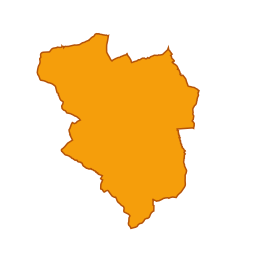 outline of Agnita, Sibiu, Romania, rotated 168°
{"feature_id": "2599482B25260320092709", "entity_name": "Agnita", "entity_type": "district", "adm_level": 2, "iso_a3": "ROU", "parent_name": "Romania", "parent_adm1": "Sibiu", "projection": "orthographic", "projection_center": [24.621, 46.003], "detail": "fine", "context": "isolated", "style": "filled", "palette": "amber", "viewbox_px": 256, "rotation_deg": 168, "n_neighbors": 0, "source": "geoboundaries", "source_scale": "gbopen_adm2", "svg_char_len": 5806}
<svg xmlns="http://www.w3.org/2000/svg" viewBox="0 0 256 256"><g transform="rotate(168 128 128)"><path d="M198.2,218.1L198.4,216.8L198.5,215.8L198.7,215.1L199.7,214.4L200.0,213.9L200.1,211.8L200.3,210.7L201.1,209.0L202.5,207.4L203.0,206.6L204.2,204.0L205.2,201.2L205.1,199.0L204.4,197.3L203.9,193.7L203.4,192.9L200.4,191.7L198.6,190.5L196.6,188.9L195.6,188.6L193.6,187.4L192.6,186.6L190.7,184.4L190.3,183.4L190.1,178.3L190.0,177.3L189.3,176.7L188.9,175.9L188.9,175.7L189.3,174.9L189.3,174.6L189.0,174.1L188.7,173.2L188.7,172.3L188.4,170.5L187.9,169.1L186.0,167.2L186.1,166.5L186.9,164.8L188.0,163.7L188.3,163.1L188.4,160.7L187.2,158.9L186.6,158.4L185.7,158.0L185.2,157.0L184.9,155.7L184.5,155.4L181.3,154.0L178.7,152.0L177.6,150.9L176.2,150.1L175.2,149.1L174.6,148.2L173.8,147.3L173.0,145.7L176.4,144.9L176.6,144.6L177.8,143.8L178.9,143.6L179.6,143.5L181.3,144.9L182.7,143.3L184.9,139.7L186.1,138.4L186.2,136.6L185.9,133.6L186.1,133.6L185.9,133.0L186.1,132.9L185.9,132.4L185.9,132.1L184.8,127.7L190.2,125.7L193.7,122.9L195.8,121.6L197.2,121.0L197.8,120.3L197.7,119.0L197.2,118.5L196.4,117.0L195.9,116.5L195.6,115.6L194.8,114.7L192.9,113.8L191.0,112.5L190.6,111.8L190.1,111.5L189.6,111.0L189.6,110.6L189.0,109.9L188.0,109.4L187.7,108.7L186.8,108.0L186.6,107.6L186.3,107.6L185.7,107.2L185.4,107.3L184.8,107.1L184.4,106.8L184.5,106.4L184.2,105.7L183.8,105.6L183.4,105.1L182.5,104.9L182.0,104.5L181.3,104.4L181.1,103.7L180.5,103.4L180.1,102.9L180.2,102.3L180.0,101.9L180.0,101.1L179.7,100.8L179.6,100.1L178.2,98.8L178.1,98.4L177.1,97.5L177.0,97.3L176.2,97.0L174.9,96.1L173.1,95.7L173.0,96.0L172.6,95.9L172.7,95.5L171.8,94.8L171.1,94.6L170.3,93.5L169.4,93.1L169.4,92.9L168.6,92.1L168.7,91.8L168.6,91.5L168.1,91.5L167.8,90.7L167.2,90.5L167.4,90.2L167.3,89.9L167.0,89.9L166.3,88.7L165.5,88.5L165.0,87.9L164.3,87.6L163.0,86.7L165.3,84.1L164.3,83.0L163.6,82.5L165.1,80.2L165.6,79.7L166.4,78.1L167.3,74.3L167.3,74.0L166.1,73.3L165.8,72.7L165.4,71.5L165.2,71.3L164.7,70.3L164.0,70.4L162.4,71.1L161.2,71.2L160.4,70.8L159.9,69.8L159.8,69.3L157.8,64.9L157.1,64.2L155.7,63.1L155.2,62.9L154.5,62.9L154.0,61.1L153.8,59.2L153.3,57.7L151.2,54.9L150.9,54.2L150.4,53.6L148.8,52.2L148.5,50.9L148.6,49.9L149.3,48.0L149.4,47.6L149.3,47.0L149.2,46.6L145.5,43.7L144.4,42.0L144.5,41.4L145.7,39.9L146.7,36.1L147.3,35.1L147.5,34.3L147.5,33.0L146.4,31.2L146.0,29.2L141.2,29.4L139.7,29.8L139.0,30.3L138.5,31.0L136.9,31.9L136.4,32.1L135.4,32.0L133.9,32.2L133.1,32.7L132.0,33.7L131.6,33.9L131.2,34.5L130.6,35.2L128.8,35.7L127.5,35.5L125.9,36.2L125.3,36.9L124.0,38.9L122.8,40.2L120.8,41.4L120.1,41.4L120.0,41.6L118.8,46.7L119.5,47.4L119.0,50.1L118.6,51.2L118.5,53.0L118.3,53.0L117.4,52.1L115.1,50.4L114.3,50.6L112.9,50.4L109.5,51.2L108.2,51.7L105.8,51.8L103.5,51.5L103.2,51.3L102.7,50.8L100.8,51.2L98.6,51.2L95.3,50.0L93.4,51.9L91.0,53.5L90.2,53.8L89.1,54.6L85.2,58.3L84.1,59.7L83.6,61.1L83.1,64.6L82.4,67.5L81.9,70.0L80.5,71.9L79.6,73.9L79.6,74.9L80.0,76.2L80.3,77.9L80.6,78.6L80.6,79.2L80.4,80.4L80.7,82.3L80.7,83.2L79.9,85.3L79.8,86.1L79.1,86.9L79.2,87.5L78.8,88.3L78.8,88.9L78.5,89.5L78.4,90.0L78.2,90.4L77.8,90.4L77.5,90.7L77.7,90.9L77.6,91.4L78.2,92.1L78.2,92.6L77.5,93.4L76.8,93.6L76.9,94.0L77.6,94.6L78.0,96.1L78.4,96.8L79.1,97.5L78.8,98.5L79.1,98.9L79.3,100.2L79.1,100.5L79.0,101.0L79.7,101.8L79.4,103.4L79.6,104.0L79.4,104.4L79.3,104.9L79.8,105.5L79.4,107.0L79.5,107.4L80.0,107.7L80.0,108.0L79.3,108.1L79.5,108.4L79.6,108.9L79.3,109.3L79.3,109.7L79.5,109.8L79.8,110.7L79.5,111.3L79.9,111.6L79.7,112.5L79.7,113.0L79.5,113.4L79.7,113.9L79.6,114.5L79.3,114.9L80.3,115.8L79.9,116.2L80.0,116.8L64.9,114.7L63.9,114.0L63.8,114.5L63.3,115.4L62.8,116.6L62.3,118.7L62.9,120.3L63.7,121.2L63.5,122.0L62.5,122.7L61.2,126.0L61.2,126.3L61.6,127.4L61.7,128.0L61.5,128.8L61.1,129.5L60.9,131.9L60.6,133.2L60.4,133.6L58.2,136.1L57.0,136.7L56.3,137.5L55.9,138.2L55.2,140.0L54.8,140.5L54.6,141.4L53.6,143.5L52.3,145.2L52.2,146.0L52.3,147.5L52.2,147.9L51.6,148.3L51.6,148.6L51.2,149.4L50.8,149.6L51.0,150.0L51.5,150.2L51.8,151.2L53.5,152.6L54.7,153.8L57.0,154.7L57.9,155.3L59.9,156.1L60.6,156.8L60.7,157.5L60.6,157.9L61.1,160.6L61.3,163.8L62.2,165.9L63.4,168.2L65.0,168.2L65.6,169.0L65.8,169.4L65.4,169.5L65.6,170.3L65.3,170.3L65.6,171.0L65.8,172.0L65.7,172.1L66.0,174.1L67.3,175.2L66.5,175.9L66.9,176.6L66.9,177.4L67.2,178.3L68.5,180.3L69.2,180.7L71.0,182.9L70.9,183.3L70.2,183.6L69.9,183.4L69.2,183.5L68.8,184.1L69.6,185.7L70.6,186.9L70.7,189.3L71.2,190.0L69.5,191.1L70.3,192.4L70.2,192.7L71.0,194.1L71.0,194.6L71.9,196.0L71.8,198.2L72.8,196.6L72.9,196.3L78.9,192.7L81.6,192.7L83.0,193.1L83.8,192.8L87.2,193.7L88.7,193.3L91.1,193.0L92.7,191.9L93.2,192.0L93.8,192.6L94.1,192.8L95.0,192.1L96.0,191.9L96.8,192.3L97.7,193.1L98.1,193.0L99.4,193.3L102.2,192.3L102.6,192.3L103.4,192.6L104.2,192.3L105.6,191.7L107.4,191.7L110.7,191.2L111.1,192.0L111.0,193.5L112.1,196.8L113.3,199.2L113.4,200.6L113.5,200.9L114.6,200.1L115.1,199.9L116.4,200.0L119.1,199.4L119.9,199.4L120.7,199.2L121.4,198.7L122.8,199.0L125.8,198.4L128.6,197.6L129.7,196.9L130.6,198.2L131.1,199.7L131.2,200.4L132.4,204.0L133.1,206.6L132.3,210.8L131.6,213.7L129.8,217.7L128.0,222.3L128.2,222.2L128.7,222.4L129.7,223.3L130.9,223.4L131.5,223.8L132.1,223.9L134.6,225.1L135.6,225.4L136.3,225.7L136.8,226.3L137.8,226.2L137.9,226.4L139.1,226.8L140.5,226.6L142.6,224.6L143.9,224.5L144.5,224.1L145.1,223.9L146.7,222.8L147.7,222.4L147.9,221.8L148.9,221.8L151.2,221.4L152.7,220.9L154.9,220.8L158.2,219.6L161.2,219.8L163.1,220.3L169.4,220.2L171.5,220.6L172.4,220.9L173.1,220.8L174.0,220.1L173.9,220.6L174.2,220.7L174.2,221.1L175.2,221.4L175.4,221.7L175.4,221.4L175.8,221.3L176.0,220.9L176.7,220.8L178.0,221.0L180.4,221.8L180.9,221.4L184.6,221.6L185.7,221.3L186.5,220.9L188.9,218.8L189.2,218.8L195.1,219.7L196.3,219.7L197.6,219.0L198.2,218.1Z" fill="#f59e0b" stroke="#b45309" stroke-width="1.5"/></g></svg>